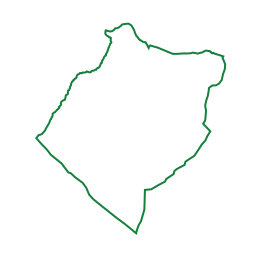 the district of Bradesti, Harghita, Romania, rotated 186°
{"feature_id": "2599482B45908659223453", "entity_name": "Bradesti", "entity_type": "district", "adm_level": 2, "iso_a3": "ROU", "parent_name": "Romania", "parent_adm1": "Harghita", "projection": "mercator", "projection_center": [25.438, 46.404], "detail": "fine", "context": "isolated", "style": "outline", "palette": "green", "viewbox_px": 256, "rotation_deg": 186, "n_neighbors": 0, "source": "geoboundaries", "source_scale": "gbopen_adm2", "svg_char_len": 4436}
<svg xmlns="http://www.w3.org/2000/svg" viewBox="0 0 256 256"><g transform="rotate(186 128 128)"><path d="M160.3,222.8L160.4,222.6L160.5,222.3L160.5,221.9L160.5,221.1L160.4,220.2L160.5,219.6L160.0,218.9L159.3,218.1L158.8,217.8L158.2,217.5L157.3,217.1L156.9,217.0L156.7,216.8L156.4,216.2L156.0,216.2L155.0,216.2L154.6,216.0L154.4,215.5L154.5,215.2L154.4,214.0L154.5,213.6L154.3,212.9L154.1,212.5L153.6,211.8L153.5,211.6L153.6,210.9L154.3,210.3L154.5,210.0L154.7,209.0L154.8,208.2L155.0,207.7L155.2,207.3L155.3,206.6L155.7,206.0L155.9,205.2L155.8,204.4L156.1,203.5L156.4,203.1L156.4,202.2L156.7,201.2L157.2,200.0L157.5,199.6L157.7,198.8L157.6,198.7L157.5,198.4L157.7,197.7L158.4,197.2L158.7,196.9L159.4,195.7L159.4,195.1L159.7,194.3L159.9,193.5L160.7,192.5L160.7,191.8L160.7,191.4L160.9,191.1L160.8,190.8L161.2,190.3L161.1,189.7L161.8,189.3L162.2,187.3L162.4,186.8L162.5,186.5L162.7,185.9L163.1,185.6L163.3,185.3L163.4,184.9L163.8,184.6L164.3,184.6L164.5,184.5L165.0,184.1L165.7,182.7L165.9,182.7L166.1,182.7L166.3,182.8L166.9,182.4L167.3,182.0L167.8,181.6L168.1,181.4L168.8,181.4L169.9,181.1L170.5,180.5L170.7,180.1L170.7,179.8L171.3,179.4L172.1,179.3L172.7,179.5L174.1,179.7L174.7,179.7L175.0,179.9L175.5,179.2L176.6,178.7L177.3,178.5L178.1,178.5L178.6,178.5L179.1,178.2L179.5,177.9L179.9,177.5L180.5,177.7L181.3,177.7L181.8,177.4L182.1,176.8L183.9,175.6L184.4,174.6L184.5,173.9L184.4,173.5L184.5,173.0L184.7,172.7L185.1,171.9L185.5,171.7L185.9,171.6L186.6,170.4L187.1,170.1L187.5,169.7L187.4,169.2L187.7,169.0L188.4,168.3L188.8,167.3L189.0,166.5L189.2,165.8L189.1,164.9L189.4,164.0L189.7,163.3L190.0,162.6L190.0,162.2L190.0,161.5L190.0,161.2L190.2,160.6L190.4,160.4L190.5,160.2L190.7,159.5L191.3,159.2L191.5,158.9L191.4,157.8L191.4,157.6L191.5,157.1L191.4,156.4L191.4,155.5L192.3,154.7L193.1,154.2L193.3,153.5L193.4,151.2L193.7,149.8L194.0,149.3L194.5,149.2L195.6,148.5L197.0,147.2L197.4,145.5L197.3,145.0L197.2,144.7L197.0,144.4L197.3,143.4L198.3,142.5L198.7,142.0L198.5,141.9L198.5,141.2L198.5,140.6L199.4,139.8L199.5,139.6L200.0,139.2L200.5,138.5L201.6,137.1L202.1,136.3L203.0,135.7L204.0,134.8L204.5,134.0L204.3,132.9L204.4,131.7L204.4,131.3L205.0,130.7L205.2,129.9L205.5,129.3L205.6,128.6L206.1,128.0L206.6,126.0L206.7,125.3L207.0,124.6L209.7,118.6L210.2,116.9L210.6,116.4L211.7,114.8L212.9,113.1L213.4,112.8L214.6,112.1L215.5,111.9L216.4,111.3L216.6,110.8L217.0,110.3L217.1,110.1L217.5,109.3L218.0,108.6L218.1,108.3L217.9,108.1L216.5,106.8L212.0,102.7L206.6,98.2L204.3,95.8L202.1,93.4L190.1,85.6L188.0,83.2L182.7,77.6L180.1,77.0L175.6,73.6L172.1,71.5L167.3,68.7L163.3,64.2L159.5,57.4L154.4,53.1L145.3,47.2L129.6,37.2L120.9,32.1L108.9,24.2L108.5,27.1L107.4,32.0L105.4,36.5L104.2,42.8L103.2,48.6L103.7,55.3L104.7,68.2L98.6,69.4L92.2,74.1L85.6,78.6L84.5,81.4L77.8,87.0L77.4,90.0L75.2,92.3L67.8,97.3L67.4,100.4L64.4,103.0L59.0,107.4L55.6,113.9L53.0,119.1L49.8,123.6L48.2,128.3L45.8,133.3L53.7,140.1L52.3,142.9L52.0,144.9L52.1,148.8L52.2,153.3L53.6,158.3L53.1,163.4L52.0,168.2L51.7,172.8L51.6,176.3L48.7,179.1L45.0,179.6L43.6,180.6L42.2,181.6L41.0,183.5L39.8,185.5L39.1,191.7L38.5,194.0L37.9,196.4L38.0,201.3L39.4,204.3L41.3,207.6L41.0,208.4L40.7,209.2L41.2,209.3L42.6,209.6L46.6,210.4L47.8,210.6L48.1,210.8L49.0,210.8L49.6,211.0L49.8,211.1L50.3,211.2L50.6,211.6L50.8,211.7L51.3,211.5L52.0,211.1L52.3,211.4L52.8,211.4L53.1,212.0L53.6,212.1L53.9,212.6L54.5,212.6L54.7,213.0L55.4,213.1L56.1,212.9L57.0,213.1L57.8,213.2L59.4,212.8L59.9,212.5L60.8,211.8L62.0,210.9L64.6,210.1L66.1,209.3L70.7,209.7L71.8,209.6L72.7,209.2L73.8,208.8L74.4,208.7L74.9,208.7L75.5,208.6L76.3,208.4L77.4,208.2L78.1,208.2L79.0,208.2L79.8,208.1L80.4,208.0L80.9,207.9L86.2,207.0L86.7,206.9L86.8,206.9L87.3,206.8L91.0,206.4L96.0,207.8L100.9,209.3L104.9,210.5L107.5,211.2L111.3,211.8L112.1,212.0L113.0,212.1L114.6,212.4L115.6,211.2L115.8,209.8L116.6,210.9L117.3,212.1L117.8,213.0L118.9,214.1L119.3,215.0L119.5,215.2L120.5,215.0L122.5,215.4L123.5,216.0L124.1,216.3L125.2,216.6L125.5,217.2L126.4,217.5L127.6,218.8L127.9,219.4L129.2,220.3L130.5,222.5L131.5,224.3L132.0,225.8L133.0,227.0L133.6,228.2L134.2,228.8L135.4,230.4L137.7,231.5L138.6,231.8L140.2,231.5L141.6,231.2L142.6,230.9L143.4,230.8L144.8,230.1L146.2,228.4L147.8,226.9L148.5,226.6L149.5,226.0L150.1,226.0L151.3,225.7L151.9,224.4L152.8,223.7L153.6,222.8L153.7,222.7L154.4,222.5L155.9,222.1L156.7,222.2L158.8,222.5L159.5,222.7L160.1,222.8L160.3,222.8Z" fill="none" stroke="#15803d" stroke-width="2"/></g></svg>